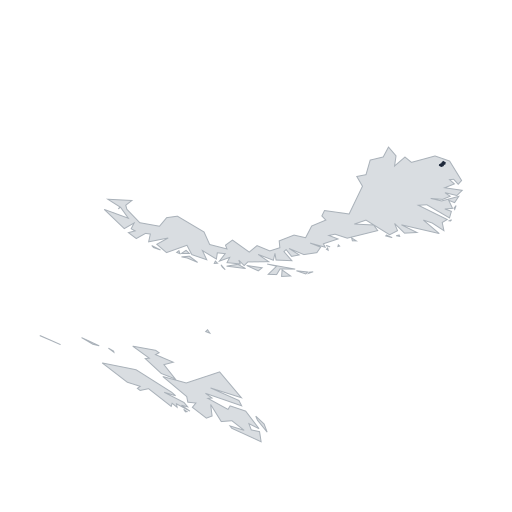 location of Audnedal nor, Vest-Agder, Norway, rotated 207°
{"feature_id": "86288312B28435141064864", "entity_name": "Audnedal nor", "entity_type": "district", "adm_level": 2, "iso_a3": "NOR", "parent_name": "Norway", "parent_adm1": "Vest-Agder", "projection": "natural_earth1", "projection_center": [7.384, 58.371], "detail": "fine", "context": "in_parent", "style": "filled", "palette": "slate", "viewbox_px": 512, "rotation_deg": 207, "n_neighbors": 0, "source": "geoboundaries", "source_scale": "gbopen_adm2", "svg_char_len": 4899}
<svg xmlns="http://www.w3.org/2000/svg" viewBox="0 0 512 512"><g transform="rotate(207 256 256)"><path d="M302.5,245.2L285.1,249.1L288.1,251.8L284.2,259.5L263.8,256.4L259.8,265.7L246.0,266.8L238.5,274.2L242.2,280.0L231.6,291.9L220.1,294.8L220.0,308.0L210.1,319.7L215.5,321.6L215.6,327.6L192.1,335.7L192.8,366.5L202.3,372.6L194.9,378.4L197.8,393.3L187.6,402.0L187.4,413.2L176.7,408.8L173.4,399.1L168.2,411.8L160.0,410.0L141.9,426.4L126.6,428.5L107.1,416.6L108.4,411.7L114.7,414.1L118.2,411.9L112.0,410.3L118.8,402.5L102.1,408.1L104.5,401.1L116.4,398.2L110.1,397.4L115.4,391.2L126.5,386.6L115.6,389.3L102.4,401.2L103.3,393.7L109.6,393.1L102.5,387.7L109.1,383.6L102.2,384.5L100.9,377.8L127.1,379.2L134.4,374.9L102.2,375.3L105.3,370.4L100.1,363.9L114.0,365.4L123.2,364.0L102.9,359.2L140.6,349.8L123.3,350.0L134.0,343.8L147.3,347.9L141.4,342.8L146.6,335.6L174.3,337.9L182.9,329.1L165.3,337.0L159.1,333.9L182.8,313.3L195.5,311.3L200.4,307.4L190.7,308.4L201.5,297.5L198.4,295.2L213.7,292.1L202.4,293.2L203.3,286.6L214.0,279.0L230.0,277.7L218.0,276.6L224.1,271.8L232.1,275.4L233.1,272.6L221.9,268.1L236.3,261.5L240.3,267.0L238.6,260.1L254.8,258.4L242.1,256.7L260.6,247.0L262.2,242.1L269.5,244.5L266.4,241.8L278.8,236.9L278.8,242.8L286.3,234.8L284.5,244.1L291.9,241.3L289.9,235.3L306.2,236.5L298.2,230.3L313.8,228.1L322.4,234.2L337.3,218.4L349.7,221.4L342.4,232.2L358.1,219.9L360.1,227.6L364.7,226.0L370.6,217.2L380.3,218.9L375.1,223.5L379.6,223.6L379.6,230.1L385.8,220.6L412.4,228.6L386.9,231.7L398.8,237.9L413.8,239.3L391.8,249.1L395.1,242.1L392.3,239.0L374.7,232.9L355.5,238.7L353.0,249.6L344.1,255.8L313.2,253.8L302.5,245.2ZM226.6,89.0L244.0,92.3L242.8,97.7L250.4,94.8L253.9,99.3L284.3,106.3L260.5,111.2L235.8,136.2L204.7,123.1L236.6,117.8L205.6,119.5L200.8,116.0L238.7,110.7L230.7,109.5L234.2,107.3L211.3,106.6L211.0,110.7L194.8,113.1L174.9,103.5L186.2,103.4L181.3,98.9L173.1,101.1L167.1,92.8L199.4,91.5L202.0,92.8L187.4,95.3L202.7,98.3L211.8,92.7L229.0,103.1L222.5,93.5L226.6,89.0ZM263.3,83.5L291.5,89.0L298.2,83.6L301.6,84.2L300.0,87.3L313.4,85.1L344.5,90.9L311.2,100.2L269.3,96.3L264.2,95.0L275.9,92.9L253.7,92.8L248.4,90.6L254.7,89.2L244.4,87.8L259.8,88.2L257.6,85.4L263.9,86.7L263.3,83.5ZM287.0,108.3L308.1,114.3L304.7,116.5L324.9,119.7L302.6,126.4L298.4,125.8L300.8,122.5L281.5,123.8L288.7,117.4L272.1,109.8L287.0,108.3ZM233.0,256.3L242.4,253.9L215.1,262.1L228.7,255.4L229.2,248.8L236.8,245.2L233.0,256.3ZM247.2,243.8L260.0,243.3L245.2,248.3L247.2,243.8ZM259.6,240.1L277.6,233.6L268.3,240.4L259.6,240.1ZM166.1,104.1L180.2,110.4L183.5,113.2L172.5,110.0L166.1,104.1ZM223.9,249.4L226.4,255.4L216.1,253.9L223.9,249.4ZM322.0,221.4L315.2,225.6L305.1,223.8L316.5,223.0L322.0,221.4ZM323.6,224.4L320.9,229.3L316.5,228.0L323.6,224.4ZM203.5,262.6L213.3,261.2L202.7,265.2L203.5,262.6ZM411.8,87.1L389.9,88.3L412.5,86.9L411.8,87.1ZM361.3,103.3L374.4,104.1L354.9,104.8L361.3,103.3ZM343.8,218.0L351.1,217.0L353.6,218.0L343.8,218.0ZM328.3,223.2L327.1,225.8L324.9,223.5L328.3,223.2ZM289.8,230.4L289.9,233.0L287.0,232.1L289.8,230.4ZM266.5,165.8L265.7,168.3L262.1,166.3L266.5,165.8ZM345.7,106.9L339.7,106.6L338.9,105.7L345.7,106.9ZM177.0,313.3L179.0,315.5L173.5,315.0L177.0,313.3ZM277.2,229.8L281.0,230.8L283.2,232.3L277.2,229.8ZM248.1,85.1L250.8,86.5L246.8,86.0L248.1,85.1ZM149.3,333.9L143.0,334.2L149.5,332.8L149.3,333.9ZM140.3,337.7L138.0,339.7L136.9,338.7L140.3,337.7ZM201.1,265.8L197.9,267.9L201.4,264.3L201.1,265.8ZM101.3,388.6L100.6,391.8L100.1,387.7L101.3,388.6ZM195.8,295.7L194.3,293.9L196.3,294.0L195.8,295.7ZM400.1,235.4L399.6,237.5L399.3,237.1L400.1,235.4ZM197.6,297.4L194.1,297.8L198.4,297.0L197.6,297.4ZM187.3,301.6L187.7,303.3L186.0,302.8L187.3,301.6ZM99.8,375.1L98.2,377.1L98.6,375.5L99.8,375.1Z" fill="#d9dde1" stroke="#a8b0b8" stroke-width="1"/><path d="M131.8,425.0L131.8,424.9L132.0,424.8L132.0,424.7L132.1,424.4L132.1,424.2L131.9,424.0L131.7,424.0L131.6,423.9L131.8,423.7L132.0,423.7L132.1,423.4L132.1,423.2L132.3,423.1L132.2,423.0L132.2,422.9L132.1,422.7L132.1,422.4L132.3,422.4L132.4,422.2L132.5,422.2L132.4,422.2L132.5,422.1L132.6,421.9L132.8,421.9L133.0,421.8L133.0,421.7L133.0,421.4L132.9,421.3L132.9,421.2L132.7,421.2L132.8,421.1L133.0,421.0L133.5,420.8L133.4,420.7L133.4,420.4L133.4,420.2L133.2,420.2L132.8,420.2L132.7,420.2L132.6,420.3L132.4,420.5L132.2,420.6L131.9,420.5L131.7,420.4L131.6,420.2L131.4,420.3L131.3,420.5L131.2,420.5L131.1,420.8L131.3,420.9L131.3,421.0L131.1,421.2L131.1,421.3L130.9,421.4L130.6,421.4L130.5,421.5L130.8,421.7L130.6,421.7L130.6,421.8L130.7,422.1L130.8,422.2L130.8,422.3L130.7,422.5L130.6,422.8L130.6,423.0L130.4,423.1L130.3,423.3L130.4,423.5L130.5,423.6L130.4,423.6L130.2,423.6L129.8,423.7L129.7,423.7L129.7,423.8L129.9,424.0L130.0,424.1L130.2,424.3L130.1,424.5L129.9,424.7L129.9,424.8L130.0,424.9L130.3,424.8L130.5,424.7L130.9,424.6L130.9,424.8L131.0,424.9L131.4,425.0L131.5,425.0L131.8,425.0Z" fill="#64748b" stroke="#1e293b" stroke-width="1.5"/></g></svg>